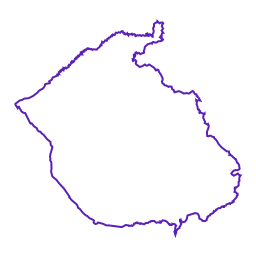 outline of Temanggung, Jawa Tengah, Indonesia
{"feature_id": "22746128B37534287210764", "entity_name": "Temanggung", "entity_type": "district", "adm_level": 2, "iso_a3": "IDN", "parent_name": "Indonesia", "parent_adm1": "Jawa Tengah", "projection": "natural_earth1", "projection_center": [110.153, -7.24], "detail": "fine", "context": "isolated", "style": "outline", "palette": "violet", "viewbox_px": 256, "rotation_deg": 0, "n_neighbors": 0, "source": "geoboundaries", "source_scale": "gbopen_adm2", "svg_char_len": 5722}
<svg xmlns="http://www.w3.org/2000/svg" viewBox="0 0 256 256"><path d="M19.5,100.6L15.4,103.8L15.4,104.6L17.6,108.0L17.9,107.1L18.8,106.7L21.4,111.3L23.2,112.7L25.2,113.1L30.2,123.2L30.6,123.6L31.3,123.3L31.8,123.5L34.0,126.3L36.7,128.1L37.8,130.5L39.3,131.6L40.5,131.8L41.5,133.2L43.8,135.0L47.0,139.1L50.4,141.9L50.8,145.1L52.3,146.7L52.3,147.6L50.3,154.5L50.0,157.0L50.4,158.7L50.2,160.4L51.3,162.3L51.5,168.3L51.1,171.8L52.4,176.5L56.7,180.1L58.8,183.0L63.8,188.4L68.9,195.7L69.6,197.0L69.3,197.3L71.7,200.2L76.6,204.3L77.5,205.7L77.9,207.6L79.7,208.8L83.0,212.9L85.6,215.2L87.4,216.1L89.4,218.1L93.4,220.0L93.9,220.5L93.7,222.7L95.3,224.0L97.1,223.6L98.0,222.5L103.0,223.8L106.4,225.4L108.9,225.4L121.9,227.1L125.8,225.0L128.9,225.5L129.0,225.9L130.8,225.8L131.5,225.4L132.3,225.9L133.7,224.9L134.1,223.5L135.2,223.5L135.8,222.8L136.7,222.6L137.1,223.1L137.6,222.7L138.0,223.2L139.3,223.3L139.9,223.9L140.6,223.9L140.9,223.3L144.1,224.3L145.9,222.9L147.9,223.0L149.4,221.8L150.4,221.8L150.9,221.1L151.5,221.0L154.3,221.0L156.3,222.7L158.4,222.4L160.7,222.8L161.2,221.7L160.9,221.4L161.7,221.4L162.8,220.3L165.2,220.8L167.1,221.8L168.9,224.1L169.7,224.0L169.8,225.0L171.4,225.1L172.4,224.5L172.4,223.9L172.9,224.2L173.6,223.9L174.6,224.1L176.1,225.6L175.3,227.2L175.2,230.3L174.4,231.6L175.4,234.9L176.2,232.5L176.2,230.2L176.9,230.2L177.8,228.9L179.6,227.9L179.6,226.8L181.0,224.6L180.7,222.1L180.0,221.3L180.1,219.6L180.7,219.5L180.7,220.4L181.4,221.0L181.8,222.5L184.9,221.7L186.6,219.6L187.5,215.5L195.0,213.1L197.4,213.6L198.2,214.3L199.1,216.4L199.4,218.6L201.6,219.7L202.5,220.9L205.1,221.1L206.8,219.9L206.7,219.0L207.7,217.5L207.4,217.0L208.4,216.0L210.2,215.3L210.3,214.3L213.0,213.2L213.8,211.2L214.5,211.6L215.9,210.3L216.0,209.8L216.5,209.9L216.9,209.2L218.7,208.1L220.3,208.1L221.7,206.6L222.9,206.3L223.2,207.0L223.8,207.0L223.6,206.2L225.7,205.7L226.6,204.4L229.1,203.5L229.9,203.8L229.9,203.3L230.4,203.5L233.1,202.2L232.7,201.5L233.6,201.3L233.4,200.7L236.0,197.9L236.8,196.8L236.7,196.0L237.7,194.9L237.6,193.7L236.9,193.6L236.2,192.5L234.5,191.9L234.9,190.9L234.7,188.7L235.1,188.5L234.7,188.0L235.2,187.3L236.5,187.3L238.6,185.6L238.7,181.6L239.5,180.9L239.2,178.8L239.6,176.8L240.6,175.4L239.3,175.2L237.9,173.5L233.9,175.7L231.9,174.4L231.3,173.4L233.6,170.7L235.7,170.1L237.5,170.2L239.3,169.3L239.6,168.6L239.0,165.0L238.0,163.2L237.1,162.7L235.8,159.1L234.7,158.8L234.2,157.8L233.0,157.2L231.8,155.7L229.5,155.0L230.2,154.3L229.1,153.1L228.9,151.5L226.7,151.3L221.6,147.4L218.6,144.0L216.4,140.2L214.4,138.3L214.0,137.1L212.0,136.6L211.0,135.8L209.9,135.7L208.1,136.3L207.2,136.0L206.9,132.0L208.6,127.3L208.7,125.5L208.0,124.0L207.5,124.6L204.7,123.0L205.0,121.7L203.2,117.8L203.6,114.8L204.6,114.1L204.6,113.4L204.0,113.9L200.9,112.6L199.6,113.0L199.3,112.2L200.0,111.0L199.0,110.2L199.0,109.6L197.9,109.4L197.4,106.2L196.6,104.3L196.9,101.8L196.3,101.1L196.2,100.0L197.2,100.7L198.6,100.2L200.3,100.6L198.8,97.9L197.6,97.0L197.5,96.3L196.7,96.2L196.5,94.4L195.4,94.3L194.4,93.4L193.4,91.4L192.5,91.1L188.9,93.6L186.9,93.1L183.8,93.5L180.5,91.7L178.8,91.2L174.5,92.3L173.7,90.0L172.2,89.3L171.6,86.7L169.2,86.4L168.6,86.9L166.2,85.5L164.6,85.3L163.6,83.8L162.5,83.4L161.9,81.5L162.6,80.1L162.7,78.5L161.0,74.8L159.2,72.2L158.3,69.9L157.2,69.5L156.7,70.2L155.8,70.4L154.2,67.8L149.2,64.5L147.1,65.7L146.1,65.5L144.9,64.5L142.4,66.1L139.8,67.0L136.2,64.4L135.7,63.2L136.3,61.3L135.4,60.1L133.0,60.9L132.7,59.2L133.1,59.3L134.0,57.9L133.8,54.7L134.1,54.6L134.6,56.2L135.1,56.3L135.5,52.6L136.4,52.3L137.4,53.5L138.8,52.8L140.5,54.2L142.2,53.2L143.6,53.1L144.1,52.5L143.8,50.8L144.6,49.0L144.8,46.9L147.6,44.3L151.4,43.1L152.0,43.6L152.7,42.2L153.3,42.0L155.0,42.6L156.9,42.4L158.2,41.3L161.3,41.1L163.1,39.6L163.0,39.3L161.7,39.2L161.7,36.8L160.5,37.7L159.9,37.2L161.2,35.8L162.1,33.3L163.3,32.9L161.6,30.6L163.1,28.5L161.8,26.3L162.0,25.2L163.2,23.4L162.5,22.5L161.1,22.5L159.5,23.3L157.3,21.1L157.0,22.4L155.7,22.7L154.0,24.0L154.0,26.7L153.2,27.8L153.1,28.9L153.7,30.6L153.6,32.2L153.0,33.7L152.0,34.9L152.8,35.9L152.7,36.7L151.6,36.1L150.0,34.2L149.4,34.3L148.8,35.9L148.3,35.7L147.3,33.4L146.1,34.0L146.3,34.5L147.0,34.5L146.9,35.4L146.2,35.0L145.9,35.7L145.0,35.9L142.7,35.1L141.3,36.0L139.9,35.0L138.7,35.6L137.3,35.2L135.7,36.2L135.3,36.0L135.2,34.7L134.1,34.0L132.4,34.9L131.8,33.7L130.3,34.4L128.9,34.1L128.4,35.4L127.3,34.0L127.2,33.3L125.9,34.4L125.2,33.9L124.4,34.1L124.4,32.9L123.1,32.7L122.8,31.3L121.6,31.2L120.2,32.7L118.8,32.2L117.6,32.9L115.8,32.7L114.7,35.0L113.7,34.7L113.0,35.3L112.6,34.8L111.9,36.1L111.5,35.6L109.8,37.6L108.9,37.6L108.3,38.3L108.4,38.7L107.3,38.9L107.0,40.6L106.1,40.8L105.2,40.3L103.5,42.6L102.1,41.8L101.8,43.7L100.9,44.5L101.4,45.4L100.2,45.7L99.9,46.7L97.6,48.5L96.8,49.6L93.3,49.3L92.5,49.9L91.4,49.0L90.8,49.3L90.1,48.9L88.6,49.0L88.5,48.5L87.8,48.8L87.3,48.4L86.2,49.9L85.7,49.5L84.8,49.8L84.6,51.4L83.9,51.6L83.4,51.1L83.1,51.9L81.8,51.8L81.5,52.6L82.1,53.1L82.2,54.0L80.9,53.0L81.0,54.4L80.1,54.3L79.4,55.8L78.3,55.4L77.8,56.0L78.4,56.0L78.5,56.6L77.5,57.4L76.6,57.5L76.6,58.7L75.9,58.9L75.5,58.2L75.0,58.8L74.1,61.4L73.4,61.8L72.9,61.4L72.6,61.8L73.0,62.3L72.4,62.7L71.8,62.4L71.6,61.7L71.0,62.5L71.2,63.3L70.1,65.0L69.1,64.7L68.4,65.7L68.9,66.7L66.5,68.3L65.7,67.5L64.8,68.0L64.5,68.9L64.1,68.9L64.4,68.4L64.2,68.2L63.8,68.5L63.5,68.2L63.4,70.1L62.5,69.4L62.4,70.1L61.7,70.1L61.2,70.9L60.8,70.2L60.3,70.6L60.7,71.3L60.4,71.9L59.0,72.0L58.6,73.1L59.0,73.9L58.7,73.8L58.1,75.0L57.5,74.7L57.5,75.6L56.6,75.5L56.2,76.1L52.7,77.5L51.8,79.7L49.2,81.3L49.8,82.2L49.7,83.2L45.5,84.0L45.0,84.4L44.9,85.5L43.9,87.4L42.9,88.5L39.0,90.7L37.5,92.6L32.9,96.1L28.6,98.2L24.2,98.6L22.4,99.8L19.5,100.6Z" fill="none" stroke="#5b21b6" stroke-width="2"/></svg>